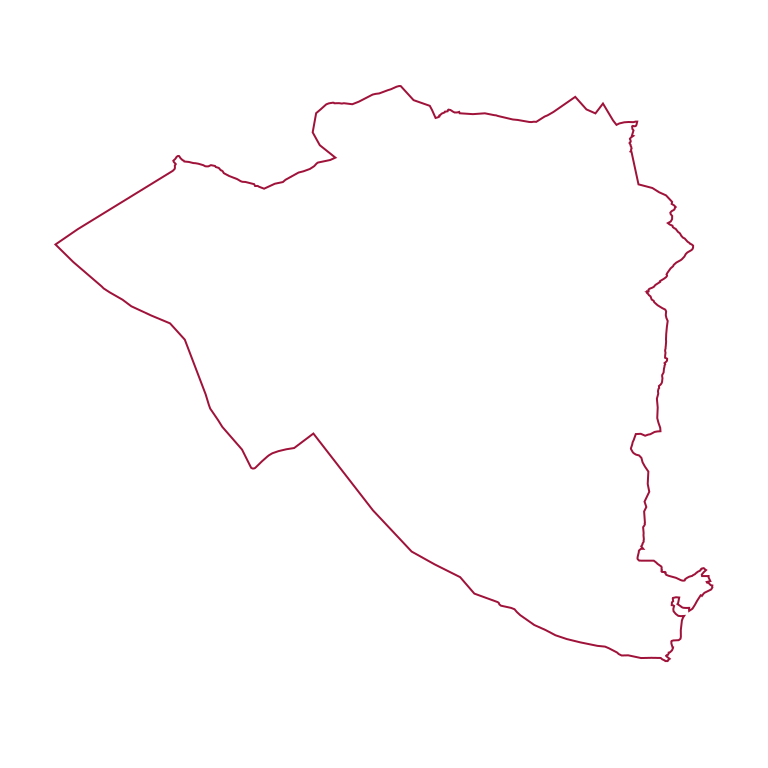 Rælingen nor, Akershus, Norway (Equal Earth projection), rotated 176°
{"feature_id": "86288312B33593652809253", "entity_name": "Rælingen nor", "entity_type": "district", "adm_level": 2, "iso_a3": "NOR", "parent_name": "Norway", "parent_adm1": "Akershus", "projection": "equal_earth", "projection_center": [11.038, 59.891], "detail": "fine", "context": "isolated", "style": "outline", "palette": "rose", "viewbox_px": 768, "rotation_deg": 176, "n_neighbors": 0, "source": "geoboundaries", "source_scale": "gbopen_adm2", "svg_char_len": 6013}
<svg xmlns="http://www.w3.org/2000/svg" viewBox="0 0 768 768"><g transform="rotate(176 384 384)"><path d="M308.5,168.6L285.8,158.5L284.7,157.5L284.3,156.1L282.8,154.7L272.9,151.8L269.5,150.2L267.4,147.3L264.2,143.9L250.9,133.1L240.2,127.4L230.5,121.4L219.4,116.8L206.3,112.6L189.4,107.9L181.8,106.6L178.1,104.7L171.2,100.5L170.0,99.7L168.8,98.3L165.9,96.6L159.3,96.3L146.7,92.7L136.4,92.2L127.1,91.4L125.7,90.0L123.0,88.5L122.7,88.0L120.5,87.8L119.9,88.3L119.8,88.8L118.2,89.9L121.4,92.8L121.5,93.3L120.4,94.0L119.7,94.0L118.6,95.6L118.7,96.2L117.3,96.5L115.3,98.2L114.2,100.3L114.0,101.1L114.5,101.2L115.4,104.9L115.3,107.1L115.0,107.6L113.3,108.0L108.1,107.9L107.4,108.2L106.0,109.2L105.5,111.1L105.1,117.7L103.3,127.4L102.0,130.1L100.8,131.7L104.0,131.7L106.6,132.2L109.0,134.3L111.0,137.1L111.1,139.4L110.1,142.4L110.9,143.0L112.4,143.3L112.0,146.1L110.7,147.1L110.9,149.8L110.7,150.4L107.6,150.9L104.4,150.4L105.9,144.9L106.6,144.0L103.4,141.5L102.7,140.7L101.1,139.9L98.2,139.5L95.2,139.4L95.4,138.0L95.4,136.4L92.0,138.3L89.2,142.1L86.7,146.0L82.8,151.2L81.9,150.9L81.6,150.5L79.8,152.6L78.8,153.4L72.2,156.1L71.6,156.7L70.6,158.2L70.8,158.7L70.5,160.1L72.2,160.6L74.0,162.8L75.6,163.3L75.9,164.0L72.2,164.6L73.7,168.4L73.6,169.8L80.1,170.2L80.3,171.7L78.1,174.0L75.7,175.9L76.4,176.4L77.9,178.0L79.7,177.8L80.3,177.0L80.8,177.1L81.8,175.7L84.4,174.7L84.8,174.2L85.5,173.9L87.2,172.5L88.8,171.9L89.9,171.1L92.9,170.5L95.2,169.5L97.2,168.3L97.7,167.1L98.5,166.9L100.2,167.1L101.5,167.6L106.3,170.3L113.4,172.8L115.7,173.9L115.7,174.2L116.6,175.4L116.2,176.1L116.3,176.5L116.8,176.9L119.1,177.0L120.0,177.3L120.3,178.0L119.9,178.3L119.8,178.8L119.8,179.7L120.1,180.0L119.8,181.7L120.1,182.6L123.7,185.5L124.7,186.7L127.1,188.9L141.7,190.0L143.1,191.5L143.3,192.1L143.1,193.6L141.6,198.3L141.4,199.7L140.9,200.4L139.1,201.7L136.9,201.5L138.7,204.1L137.4,205.8L137.2,206.9L136.1,208.3L135.9,209.0L136.0,209.5L135.6,211.1L135.7,215.0L135.4,217.2L135.5,222.8L135.2,223.6L134.7,224.0L133.8,225.3L133.5,226.0L133.7,226.9L133.4,227.4L133.4,238.7L130.9,243.0L132.3,248.5L126.9,258.0L127.9,265.9L126.4,278.2L129.5,283.5L131.5,287.8L132.4,292.4L134.6,295.0L137.4,295.9L139.3,297.2L140.5,298.4L142.1,301.8L142.2,302.5L140.6,306.4L140.0,308.6L138.8,310.7L136.3,316.5L131.3,316.4L127.1,314.2L123.9,315.1L121.9,315.3L117.4,317.3L114.7,317.6L111.5,317.6L111.5,321.0L112.9,326.1L113.8,330.9L112.6,341.5L112.8,350.3L111.1,355.2L111.2,357.8L110.5,360.0L109.8,360.8L109.9,362.8L108.1,364.1L107.1,365.3L106.5,366.6L105.8,370.3L106.0,372.6L105.8,373.7L104.3,375.9L103.6,380.0L103.0,381.6L102.9,382.7L102.1,384.1L102.7,385.3L100.9,386.6L100.1,387.5L99.8,389.1L99.8,389.5L101.8,390.6L101.5,393.1L101.0,395.5L101.2,396.9L101.2,398.1L100.6,400.0L100.5,401.3L100.3,402.0L99.6,406.7L99.6,408.6L99.0,414.1L97.8,421.4L96.6,427.1L97.7,430.2L98.1,433.1L97.5,436.7L97.9,437.9L98.4,438.7L101.0,440.2L105.6,443.5L108.7,446.7L109.2,448.2L111.1,449.6L112.0,452.8L113.6,454.2L114.0,455.1L115.2,456.4L114.8,457.0L115.5,457.5L114.6,457.7L114.7,458.0L113.7,457.8L113.5,458.1L113.6,459.5L112.7,460.4L109.3,461.5L107.8,462.3L106.9,463.4L106.0,464.1L101.5,466.5L101.7,467.1L101.5,467.4L97.7,469.3L95.1,470.9L94.1,472.2L94.1,472.7L94.5,473.6L93.4,475.3L90.0,479.4L87.4,481.3L86.7,482.6L84.0,484.7L79.3,486.9L78.0,487.8L75.5,490.1L73.9,492.6L72.3,494.0L67.8,496.2L66.6,497.4L66.1,498.8L66.0,500.5L67.4,501.8L69.1,502.7L69.4,503.4L71.2,504.7L73.9,508.2L75.5,509.1L77.1,511.1L78.2,513.5L79.3,514.6L80.0,515.1L82.3,518.5L83.2,518.9L84.9,520.3L85.2,521.8L87.9,523.2L89.6,524.7L86.6,526.1L85.1,528.4L84.8,531.5L86.2,533.5L86.4,535.0L85.1,536.3L82.6,537.5L81.7,538.6L81.5,539.6L80.7,540.2L82.2,542.0L84.5,543.6L83.9,545.6L89.5,552.5L96.2,556.1L102.6,560.8L116.2,565.4L120.9,598.2L121.9,598.7L121.1,599.8L121.1,601.0L120.6,601.6L120.9,603.7L121.4,604.4L121.3,605.4L122.3,607.2L122.1,607.7L121.3,608.1L121.0,608.6L121.0,609.4L121.2,610.4L121.6,611.1L121.6,611.5L120.3,612.8L118.1,614.1L119.3,614.6L117.4,619.6L118.4,621.0L118.5,623.7L117.8,624.1L115.8,623.6L115.0,623.8L114.5,624.2L114.1,624.9L113.1,628.1L114.8,628.2L116.9,627.8L121.8,628.3L126.1,628.3L131.1,627.5L134.0,626.3L137.1,630.9L146.0,648.5L154.2,639.2L162.9,643.8L173.2,657.1L196.1,643.5L202.1,640.6L205.1,639.6L213.8,634.9L216.3,635.2L218.7,635.0L221.0,635.3L232.3,638.1L237.1,638.9L251.6,643.4L253.5,644.2L255.3,644.5L264.5,647.0L276.5,647.0L289.7,648.8L290.0,650.2L291.9,649.8L294.5,649.9L295.8,650.6L298.6,652.7L300.6,653.2L300.9,653.0L301.5,651.6L304.3,651.4L304.6,650.7L307.6,649.7L309.1,648.4L309.9,648.2L310.3,647.6L310.0,647.1L310.1,646.9L311.6,646.3L314.0,645.8L316.9,653.8L318.9,658.3L334.7,665.1L346.5,680.0L348.1,680.2L350.7,679.7L356.7,677.5L359.4,676.9L368.5,674.2L372.2,674.0L375.2,673.5L389.4,667.4L396.1,665.3L404.4,666.9L406.5,666.7L409.3,667.3L414.0,667.5L414.4,668.0L415.3,668.2L419.5,667.8L422.1,667.0L427.9,662.5L432.8,658.9L437.6,640.0L431.4,626.7L416.7,613.2L422.1,611.2L434.5,609.5L435.8,608.7L438.4,606.2L442.9,603.7L449.5,601.8L454.5,600.9L468.0,594.6L470.8,592.5L478.9,591.4L490.0,587.2L494.9,589.5L496.2,590.4L498.8,590.5L499.6,592.4L508.1,595.2L511.2,595.6L512.8,596.3L516.1,598.6L524.0,602.3L529.1,605.5L530.1,607.5L531.2,608.4L531.9,608.6L533.8,611.1L536.7,612.2L537.4,613.3L541.4,614.4L543.9,613.4L545.4,613.4L547.2,613.7L549.0,614.9L553.9,616.7L556.7,617.4L558.8,617.7L563.1,619.1L567.7,619.9L568.3,620.9L569.2,621.2L571.2,623.4L572.4,625.5L572.7,625.8L573.8,625.8L575.0,625.1L576.4,623.2L578.6,621.4L578.2,620.2L576.4,617.9L577.0,617.0L577.4,616.7L577.5,614.2L577.8,613.2L579.8,611.4L678.7,559.8L702.0,546.1L685.4,527.3L658.8,501.0L657.0,498.9L651.3,494.6L638.9,486.3L630.7,479.2L611.7,468.7L593.2,459.4L579.6,442.1L562.6,386.0L560.2,375.5L559.1,371.6L551.9,359.3L548.3,352.5L530.2,328.5L522.4,309.7L521.1,308.9L520.4,308.8L519.2,308.9L518.3,309.3L511.0,315.5L505.4,319.8L503.6,321.0L500.2,322.7L493.9,324.4L486.0,325.7L478.1,326.4L457.9,339.5L403.9,258.8L368.1,214.9L346.0,200.5L321.5,186.0L308.5,168.6Z" fill="none" stroke="#9f1239" stroke-width="2"/></g></svg>